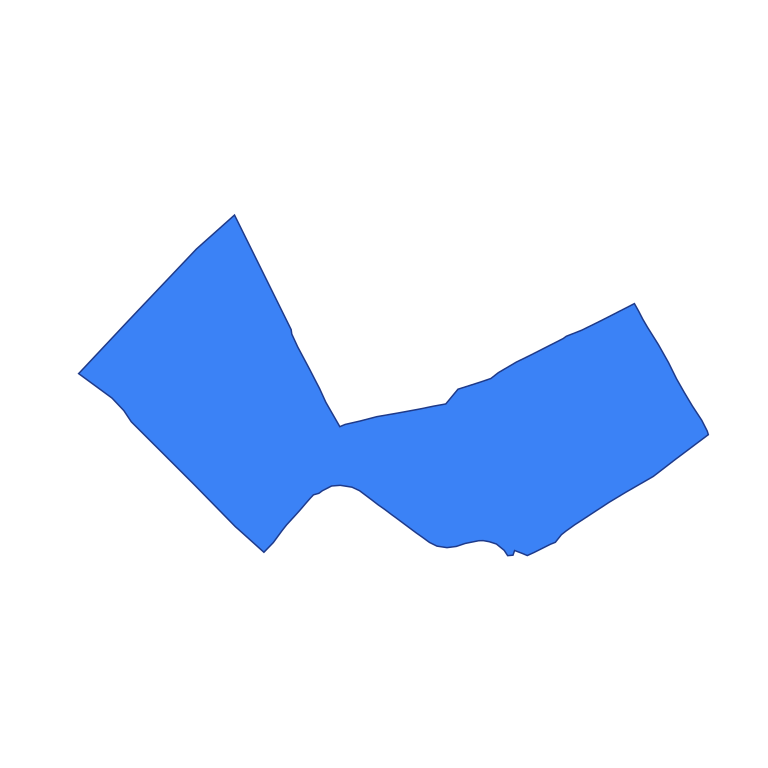 Mean Chey, Phnom Penh, Cambodia (Albers equal-area conic projection), rotated 154°
{"feature_id": "14789045B35009780503232", "entity_name": "Mean Chey", "entity_type": "district", "adm_level": 2, "iso_a3": "KHM", "parent_name": "Cambodia", "parent_adm1": "Phnom Penh", "projection": "albers", "projection_center": [104.901, 11.516], "detail": "fine", "context": "isolated", "style": "filled", "palette": "blue", "viewbox_px": 768, "rotation_deg": 154, "n_neighbors": 0, "source": "geoboundaries", "source_scale": "gbopen_adm2", "svg_char_len": 1383}
<svg xmlns="http://www.w3.org/2000/svg" viewBox="0 0 768 768"><g transform="rotate(154 384 384)"><path d="M653.9,527.2L634.7,490.7L629.5,474.2L627.7,460.8L598.6,376.5L580.1,320.8L578.7,317.5L565.7,285.4L553.0,290.0L539.9,296.9L533.3,300.1L521.1,304.9L515.4,307.2L507.1,310.8L500.0,313.8L496.0,315.3L490.4,314.3L486.1,315.1L475.8,315.3L467.7,312.1L458.0,305.3L452.8,298.9L445.5,284.6L442.2,277.9L438.2,270.7L434.6,263.6L428.9,252.7L420.4,236.2L416.7,229.5L412.6,221.7L407.5,215.1L399.1,209.3L390.2,206.3L380.9,205.1L367.5,201.6L363.4,199.7L358.4,196.0L353.1,190.9L348.9,181.8L348.1,175.5L343.1,173.6L339.6,177.1L333.8,170.9L330.4,167.0L322.9,166.8L304.6,167.0L299.4,166.6L290.6,170.8L284.7,172.1L279.3,173.0L274.1,173.9L270.6,174.3L246.9,177.3L233.4,179.0L214.2,180.7L182.4,182.9L155.2,188.5L130.8,193.2L114.7,196.3L114.1,200.0L114.3,212.1L116.5,229.2L117.8,244.7L118.8,260.3L118.9,278.7L120.1,299.0L122.3,319.5L123.0,328.8L123.2,337.9L123.7,346.5L160.4,345.8L182.8,345.7L199.2,347.0L203.1,346.3L203.3,346.3L240.3,345.7L255.3,345.7L276.2,344.1L285.5,342.1L296.6,343.5L319.8,346.9L337.2,339.0L341.5,340.2L349.3,342.4L363.0,345.9L383.8,351.7L404.8,357.8L421.7,361.2L436.7,364.7L442.4,365.0L444.3,393.2L443.9,408.2L444.1,415.4L444.4,430.0L445.3,455.2L445.0,469.3L443.6,473.6L444.3,601.4L493.3,587.6L583.8,553.8L653.9,527.2Z" fill="#3b82f6" stroke="#1e3a8a" stroke-width="1.5"/></g></svg>